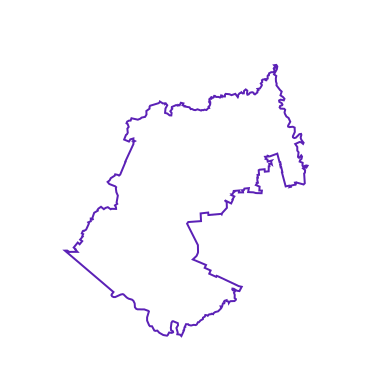 the district of Playa Vicente, Veracruz, Mexico, rotated 286°
{"feature_id": "50627088B74539459356287", "entity_name": "Playa Vicente", "entity_type": "district", "adm_level": 2, "iso_a3": "MEX", "parent_name": "Mexico", "parent_adm1": "Veracruz", "projection": "mercator", "projection_center": [-95.61, 17.758], "detail": "fine", "context": "isolated", "style": "outline", "palette": "violet", "viewbox_px": 384, "rotation_deg": 286, "n_neighbors": 0, "source": "geoboundaries", "source_scale": "gbopen_adm2", "svg_char_len": 6044}
<svg xmlns="http://www.w3.org/2000/svg" viewBox="0 0 384 384"><g transform="rotate(286 192 192)"><path d="M336.5,236.0L335.1,238.1L334.4,237.9L334.0,236.7L333.2,236.5L331.8,237.7L330.7,237.8L329.5,237.0L329.0,235.1L327.3,233.4L325.4,233.7L325.0,232.8L324.3,232.7L321.9,233.5L321.3,232.8L319.9,232.7L319.8,232.1L320.8,231.6L320.7,231.0L320.0,230.4L319.8,229.3L318.7,228.4L317.0,229.2L315.3,228.2L314.1,229.7L312.7,229.5L310.2,228.7L309.2,226.6L308.2,227.8L307.0,227.0L305.7,227.4L303.2,225.6L303.4,224.6L304.4,223.7L304.5,222.3L303.5,220.5L301.4,219.5L300.8,218.5L301.7,217.8L304.7,217.2L305.4,215.4L303.6,214.2L301.1,214.6L300.7,213.5L301.5,211.9L300.6,211.5L300.0,210.5L297.3,209.4L296.5,210.0L295.8,209.9L298.3,206.6L296.0,203.3L296.3,201.0L295.6,197.3L294.6,196.9L292.9,197.3L292.4,195.6L292.8,194.6L291.9,194.5L292.6,193.4L290.7,193.2L290.5,192.8L290.7,191.4L290.0,189.0L290.7,187.6L290.5,186.8L289.0,186.8L288.3,186.1L288.6,184.6L288.2,184.2L287.6,184.9L286.9,184.9L286.4,183.2L285.2,183.2L284.3,184.2L283.3,183.6L282.5,184.5L282.7,185.0L281.5,185.3L279.8,185.2L278.6,184.4L277.5,185.3L277.1,184.5L274.8,183.3L274.6,181.3L273.8,180.4L273.5,178.9L272.8,178.3L273.0,174.5L271.6,172.6L271.4,171.2L271.8,168.9L271.3,167.9L272.7,166.3L272.2,161.4L272.7,161.5L272.8,159.0L274.8,159.3L274.7,156.7L271.9,156.2L271.9,154.6L271.1,154.5L271.2,152.8L268.2,149.2L267.0,149.4L266.5,150.1L263.7,148.9L262.4,150.6L259.9,151.0L259.5,149.3L260.6,146.8L260.6,144.3L264.9,143.5L268.6,144.3L269.8,142.5L269.3,142.0L269.9,141.9L269.1,139.6L270.1,136.2L269.2,136.2L268.1,135.3L263.4,128.0L262.3,127.7L260.4,128.2L257.3,125.8L253.9,126.9L251.3,126.2L249.6,123.0L248.3,122.2L246.6,120.0L246.2,113.5L243.7,113.3L243.3,111.8L241.8,110.3L240.0,110.1L239.6,111.4L237.1,113.2L235.1,112.4L231.3,113.9L229.7,113.6L228.6,112.8L223.7,112.3L223.1,117.5L225.6,118.2L227.3,120.9L225.6,121.3L225.3,122.7L224.7,121.8L224.6,122.6L223.7,121.9L222.0,122.5L202.8,119.5L202.8,119.8L189.0,118.2L187.7,117.3L188.0,116.2L187.8,113.3L186.4,113.2L182.9,110.1L180.5,109.6L178.4,108.1L176.9,110.3L176.3,116.6L175.7,117.8L174.5,117.8L170.9,119.4L168.1,121.7L161.2,122.4L160.0,123.4L157.9,121.6L156.4,123.1L154.8,123.7L153.7,119.4L153.0,118.6L154.2,115.3L152.9,113.3L151.2,112.0L152.7,108.6L150.2,106.6L148.7,106.1L148.1,106.6L145.1,103.7L139.4,103.4L137.9,104.8L138.9,102.9L138.6,102.0L136.0,102.8L134.2,100.6L133.5,101.5L132.5,101.5L126.7,100.6L124.8,98.9L124.8,98.2L124.3,97.8L121.8,97.5L121.5,99.0L119.1,98.7L119.0,99.2L115.4,97.6L114.5,100.0L110.8,98.4L111.9,96.1L106.0,93.6L104.9,95.9L104.5,95.7L102.9,98.4L100.6,90.6L101.3,88.2L100.6,86.0L74.2,144.1L71.4,143.0L70.5,143.1L69.7,144.0L69.4,145.6L69.8,147.1L73.8,151.8L74.7,153.5L74.7,154.4L72.6,158.3L72.0,160.4L72.0,163.9L71.3,165.6L69.1,167.6L65.5,168.9L64.3,170.6L64.2,172.1L66.0,178.4L65.7,182.9L65.3,183.5L59.1,183.4L56.0,184.3L52.1,187.5L51.4,188.6L51.9,190.6L48.5,193.9L48.4,195.0L49.2,196.9L47.7,199.3L46.6,203.8L47.0,207.6L47.7,208.1L50.6,208.7L51.0,211.4L51.9,212.5L52.8,212.1L53.4,210.0L55.6,209.1L60.7,208.3L62.3,208.8L62.6,209.4L62.0,214.5L60.1,215.3L57.0,214.5L53.0,217.0L51.2,217.1L51.6,219.7L50.6,221.5L56.6,222.4L56.8,222.0L57.6,222.4L59.4,222.1L60.3,222.2L60.5,222.7L61.3,222.4L63.3,222.7L63.8,224.9L63.3,225.6L63.4,227.9L64.8,230.3L65.1,232.3L66.0,233.1L68.4,233.6L68.7,234.5L70.9,235.6L72.8,237.5L74.2,237.2L75.8,238.7L77.4,238.7L77.7,240.6L77.4,241.3L79.1,242.2L79.7,243.9L80.3,244.2L80.4,246.0L81.2,246.0L83.0,247.4L84.5,250.0L88.3,252.1L89.9,251.1L90.1,252.5L93.4,252.4L93.9,253.7L95.0,253.7L95.5,253.0L96.4,253.3L97.6,255.1L96.7,255.5L96.7,257.4L95.5,258.0L96.7,258.3L97.7,259.2L98.9,262.9L100.3,263.8L101.1,263.8L101.8,262.2L105.0,261.4L106.7,260.1L108.1,260.6L108.8,259.5L108.8,258.4L109.4,257.6L110.3,257.5L110.5,258.8L109.5,262.3L109.8,264.9L114.6,265.9L114.4,262.9L118.0,240.9L118.2,238.8L117.1,238.6L118.2,231.1L121.7,231.5L122.6,225.1L125.7,225.6L127.4,211.4L131.8,214.0L134.6,214.4L135.8,214.4L142.6,212.3L160.2,196.0L162.1,196.7L166.5,208.7L173.8,206.2L176.7,213.2L174.4,214.1L179.1,226.3L178.8,226.7L180.1,226.8L186.4,229.9L192.2,228.0L192.3,226.8L193.4,225.9L192.9,226.7L191.8,232.8L195.8,233.4L196.0,232.9L199.4,233.9L199.8,231.4L200.0,231.7L200.6,230.8L200.8,231.5L202.4,231.7L203.9,232.7L204.1,231.8L204.5,231.8L206.5,237.0L204.5,237.2L205.7,241.2L206.7,240.8L207.5,239.7L208.1,241.3L209.7,241.4L211.4,245.6L207.4,246.0L208.6,251.1L208.6,253.8L210.0,259.2L212.6,258.8L212.0,256.3L215.8,255.5L216.3,251.5L217.9,252.0L218.7,251.7L219.1,252.8L221.2,251.6L223.8,250.8L224.0,251.4L226.5,250.3L227.0,251.7L231.3,250.1L232.0,250.7L233.9,255.5L231.6,256.4L233.0,260.0L237.8,258.7L238.1,259.4L240.3,258.5L240.9,260.3L240.6,261.0L243.1,259.6L244.2,260.0L242.1,256.4L244.0,255.6L244.1,253.7L244.7,253.9L246.0,252.6L246.7,254.5L247.7,254.6L247.7,255.3L247.2,255.6L247.7,257.0L252.4,263.4L244.7,268.0L245.0,268.6L242.8,269.8L242.5,269.2L240.2,270.4L240.5,270.9L236.0,273.4L235.7,273.0L223.2,280.5L225.0,283.9L224.8,284.9L223.7,284.6L224.3,285.7L225.3,285.2L227.4,289.0L228.4,289.1L229.4,288.4L229.9,289.5L229.3,289.8L229.9,289.9L230.0,297.2L231.5,298.0L240.7,294.7L241.7,295.2L244.2,294.7L245.3,292.3L246.5,293.5L246.9,295.2L249.1,295.8L249.0,294.5L247.1,291.7L247.9,290.9L250.6,290.3L250.9,287.1L252.4,287.1L253.9,288.1L256.4,288.0L257.3,286.9L254.5,285.7L254.4,285.0L255.0,284.2L259.5,283.5L260.8,281.8L264.3,280.8L266.6,278.0L269.7,281.6L269.9,283.3L268.9,285.5L270.1,285.7L272.0,283.1L273.3,281.9L274.6,281.4L277.0,281.4L277.9,280.8L277.2,279.3L272.8,276.8L272.0,275.4L272.4,274.0L273.4,273.6L278.0,274.3L282.2,272.9L282.5,270.9L281.2,267.7L281.4,266.3L282.3,266.1L286.6,267.1L289.8,264.4L290.6,261.9L292.9,259.7L294.1,259.0L296.7,258.9L297.4,257.7L296.6,254.1L297.5,252.9L299.0,253.0L300.3,254.8L301.1,254.8L302.2,253.6L302.7,251.1L304.0,250.5L305.2,251.7L305.4,255.0L307.1,255.2L308.4,253.2L309.3,250.4L313.3,250.5L314.3,248.5L317.8,243.8L319.5,243.5L321.3,242.3L324.1,241.3L326.8,241.0L327.7,238.4L333.3,239.7L336.2,239.4L337.4,238.0L336.5,236.0Z" fill="none" stroke="#5b21b6" stroke-width="2"/></g></svg>